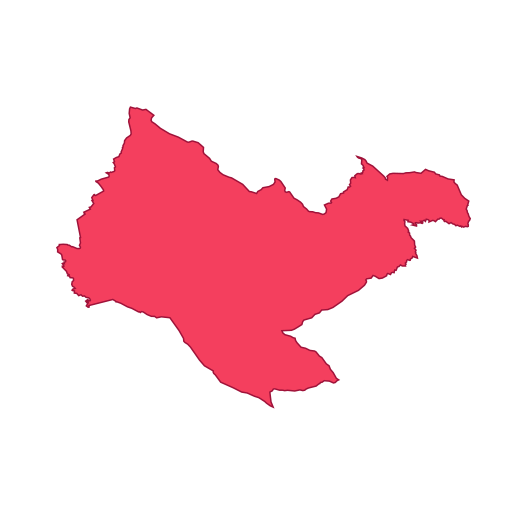 Cogua, Cundinamarca, Colombia, rotated 109°
{"feature_id": "7082276B60465848550372", "entity_name": "Cogua", "entity_type": "district", "adm_level": 2, "iso_a3": "COL", "parent_name": "Colombia", "parent_adm1": "Cundinamarca", "projection": "equal_earth", "projection_center": [-74.006, 5.108], "detail": "fine", "context": "isolated", "style": "filled", "palette": "rose", "viewbox_px": 512, "rotation_deg": 109, "n_neighbors": 0, "source": "geoboundaries", "source_scale": "gbopen_adm2", "svg_char_len": 6125}
<svg xmlns="http://www.w3.org/2000/svg" viewBox="0 0 512 512"><g transform="rotate(109 256 256)"><path d="M393.3,190.6L389.1,194.3L380.2,198.6L378.1,196.7L376.2,196.3L375.5,195.0L375.2,190.1L374.2,187.1L374.0,185.1L372.7,182.5L371.0,175.4L368.3,170.9L368.0,167.9L367.0,166.2L365.5,165.3L363.7,163.4L359.4,156.8L356.5,155.0L355.8,154.1L354.6,153.9L353.9,152.5L351.7,150.9L350.4,145.9L350.8,141.4L349.8,139.9L347.4,138.7L346.2,137.5L345.5,140.2L341.2,145.0L338.9,148.8L336.0,151.2L335.1,154.4L330.6,160.7L330.0,163.5L327.1,168.1L326.8,169.7L327.7,174.3L327.1,179.1L327.6,183.7L324.6,189.1L323.0,191.1L321.0,192.3L321.2,194.2L320.6,197.1L321.0,203.1L319.9,205.7L318.2,207.2L314.7,198.3L312.6,195.8L305.9,190.3L302.8,190.5L300.9,189.8L296.3,183.2L292.0,181.3L289.1,177.5L285.7,176.3L283.3,170.7L279.6,166.5L270.7,160.0L263.6,156.4L255.1,147.9L248.3,143.9L244.8,143.1L243.7,143.4L242.9,144.4L241.6,144.0L239.4,139.9L236.3,139.0L236.3,136.8L237.3,132.3L235.7,129.3L232.2,126.1L230.4,126.2L229.6,125.7L229.7,122.8L227.7,122.5L227.0,121.6L226.8,120.0L224.1,120.3L223.9,118.9L220.3,118.7L219.4,117.4L217.4,116.5L217.8,114.5L216.8,111.4L216.0,111.9L214.9,111.5L214.0,112.5L212.6,111.7L211.2,112.1L210.1,111.5L210.1,109.2L209.8,108.8L208.6,109.0L207.0,107.7L205.4,107.7L205.4,102.7L203.2,104.0L201.5,106.0L200.7,106.0L200.2,106.7L198.4,106.6L197.1,108.7L195.6,108.0L194.1,109.5L190.3,111.1L188.1,115.5L186.9,116.3L186.3,117.5L184.3,118.3L183.8,119.9L182.8,119.7L180.5,121.6L179.0,125.0L177.0,126.0L175.2,126.3L174.1,127.7L173.3,127.9L172.7,123.7L174.1,123.5L173.6,120.7L174.1,117.8L174.9,117.1L175.8,118.2L175.4,114.0L174.3,114.3L173.3,116.0L172.7,116.2L172.1,114.8L172.2,113.7L171.1,111.5L171.1,109.5L170.4,109.1L169.5,111.5L168.8,109.7L167.4,108.6L168.1,107.1L165.8,107.0L165.6,105.0L166.1,103.8L167.5,103.5L164.9,100.7L164.6,99.4L165.1,97.5L162.0,96.1L161.5,94.9L160.3,94.3L159.8,92.9L160.6,91.0L160.4,90.0L161.5,89.8L162.0,88.8L161.4,87.8L162.6,84.0L160.9,82.5L161.6,80.2L161.4,78.6L162.3,76.9L161.3,75.7L161.6,72.8L160.9,72.2L161.6,71.0L160.9,70.7L161.1,69.2L159.7,67.4L159.5,65.7L158.9,65.0L157.4,65.4L156.6,66.2L154.0,66.3L153.0,65.7L150.9,65.6L149.2,67.6L146.9,69.2L146.2,70.2L144.2,71.3L143.3,72.5L139.6,72.6L139.0,72.1L138.7,72.5L134.8,72.7L133.5,77.5L131.3,81.8L123.4,88.9L122.6,91.3L121.6,92.9L119.5,93.5L120.6,99.4L120.1,105.9L120.6,108.0L119.6,109.0L119.9,112.8L118.7,114.6L119.2,120.6L118.9,123.9L124.1,126.9L125.0,131.9L124.9,133.5L127.2,137.8L128.6,141.4L130.1,143.5L133.2,153.3L134.9,156.3L138.1,158.1L138.8,157.2L141.6,156.4L141.2,158.6L140.0,159.3L138.8,161.4L133.0,174.9L132.0,181.3L130.4,182.8L129.4,184.5L128.9,187.9L129.0,192.9L129.6,192.1L130.0,190.4L129.7,188.7L130.5,187.3L134.5,186.3L135.5,184.2L136.9,183.3L137.0,182.8L138.0,183.5L138.3,182.5L139.6,181.9L140.5,182.6L142.4,182.3L143.3,183.4L143.7,182.6L144.5,183.9L144.5,185.4L145.1,187.0L147.9,188.7L149.6,187.6L149.7,188.8L150.6,190.8L153.4,191.5L156.3,190.2L158.1,190.8L159.2,189.3L160.5,190.1L160.7,191.3L163.5,191.3L166.9,194.1L167.9,193.7L169.6,196.3L173.1,196.9L175.3,199.0L177.4,202.8L179.8,203.3L180.8,202.0L181.6,202.3L182.5,204.7L185.5,207.9L188.7,204.5L192.2,203.9L194.2,205.2L195.0,206.6L194.9,210.9L195.7,213.9L195.7,216.7L196.6,219.8L196.6,220.9L195.1,223.5L193.8,227.2L191.9,228.9L190.6,231.4L189.5,235.5L189.0,238.9L184.5,245.0L184.5,246.0L185.8,247.7L185.8,249.2L184.7,250.2L182.2,250.5L177.5,256.7L176.6,258.8L176.3,262.4L176.6,263.1L177.2,263.3L179.8,262.1L182.6,262.8L186.1,266.2L189.2,271.7L191.6,272.7L194.4,275.3L196.7,275.8L196.8,281.2L197.2,283.3L192.6,291.9L190.1,304.5L190.3,307.2L189.9,313.6L188.7,317.4L186.8,320.3L183.7,320.7L182.5,321.5L181.5,323.7L180.9,329.1L178.8,331.7L176.2,338.5L174.7,339.8L170.4,341.0L167.7,347.6L167.9,353.1L168.2,354.0L170.3,356.6L170.6,357.9L168.9,368.1L168.6,377.7L166.4,388.0L163.9,394.6L163.0,398.2L161.8,399.4L159.4,399.7L156.2,398.4L153.2,407.8L154.9,410.7L154.8,416.8L155.8,418.1L156.1,423.2L158.1,423.4L162.5,422.3L166.3,420.0L168.3,420.6L170.6,420.0L178.4,415.0L181.2,413.8L182.9,414.1L186.5,416.8L189.7,417.8L192.2,417.2L194.8,417.7L196.2,417.2L196.9,417.6L197.9,417.1L201.4,417.4L202.4,416.9L203.9,417.9L206.7,418.0L208.4,420.2L210.7,422.2L212.9,420.5L214.1,421.4L214.8,420.2L217.5,417.9L218.7,418.6L221.3,417.3L222.2,417.7L224.1,420.1L224.0,420.9L225.3,421.8L225.3,423.6L226.1,424.6L226.5,422.7L227.3,421.2L228.7,420.8L229.4,421.1L233.7,427.3L236.6,430.2L237.3,431.8L237.7,431.6L238.4,428.8L240.7,425.1L243.1,421.8L244.2,421.2L251.0,427.3L251.1,428.3L250.5,428.7L250.8,429.2L254.2,430.3L256.6,428.3L257.0,429.1L259.2,426.5L263.3,428.0L264.3,429.4L265.6,427.9L270.5,432.9L270.7,432.4L271.3,432.6L272.0,431.3L280.0,437.0L295.7,427.9L296.2,428.5L300.8,426.2L303.4,426.4L304.7,424.9L305.7,424.7L306.5,425.5L307.2,427.6L306.9,432.4L307.3,433.5L306.6,435.9L306.9,437.4L306.6,438.2L307.7,442.2L309.2,445.7L310.1,445.3L312.9,447.0L314.4,445.6L316.7,444.9L317.5,441.2L318.3,440.0L322.3,437.8L322.5,437.2L322.0,435.0L322.5,434.3L323.5,434.2L324.2,435.5L325.6,434.7L325.7,436.2L326.2,436.7L327.2,435.1L328.2,434.3L328.6,434.6L328.7,435.8L329.5,435.6L332.2,430.2L334.2,428.6L334.6,426.6L335.1,426.7L335.2,427.5L335.9,427.6L335.8,425.8L337.0,424.7L336.3,422.1L336.6,421.3L338.6,420.5L340.1,421.4L342.8,421.0L344.3,419.7L344.8,417.6L345.5,416.4L346.8,418.3L348.2,418.8L348.4,418.2L348.1,416.3L350.2,415.7L349.7,413.3L351.2,410.7L349.6,408.9L350.5,406.9L349.6,405.2L350.4,403.3L350.0,400.7L350.4,399.5L351.6,398.2L352.2,398.2L352.7,399.2L352.0,400.9L353.4,401.9L353.7,400.2L354.5,399.6L354.7,401.4L355.8,399.6L358.4,400.2L359.1,398.0L358.6,397.2L357.2,397.8L343.7,377.2L344.4,374.1L345.0,373.3L344.6,372.8L344.7,368.3L345.9,361.0L345.9,356.4L347.1,348.8L346.7,348.0L347.1,347.0L345.8,346.1L345.6,344.5L346.8,339.9L347.1,335.3L346.1,332.2L346.8,329.8L344.3,325.7L342.4,317.3L351.6,304.4L357.5,297.7L360.1,296.5L360.9,295.0L361.6,291.9L363.4,288.4L372.8,275.5L376.6,269.0L378.6,258.9L379.7,258.7L380.8,257.7L381.6,255.8L386.8,248.3L388.0,234.7L389.3,225.2L388.4,219.8L389.1,211.8L389.0,207.3L390.7,200.4L391.7,198.2L393.0,193.8L393.3,190.6Z" fill="#f43f5e" stroke="#9f1239" stroke-width="1.5"/></g></svg>